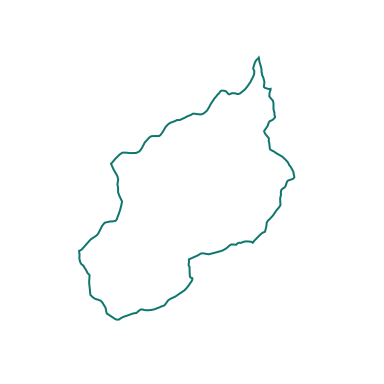 the district of Gongdue, Mongar, Bhutan, rotated 215°
{"feature_id": "84629894B588701148040", "entity_name": "Gongdue", "entity_type": "district", "adm_level": 2, "iso_a3": "BTN", "parent_name": "Bhutan", "parent_adm1": "Mongar", "projection": "equal_earth", "projection_center": [91.157, 27.034], "detail": "fine", "context": "isolated", "style": "outline", "palette": "teal", "viewbox_px": 384, "rotation_deg": 215, "n_neighbors": 0, "source": "geoboundaries", "source_scale": "gbopen_adm2", "svg_char_len": 4104}
<svg xmlns="http://www.w3.org/2000/svg" viewBox="0 0 384 384"><g transform="rotate(215 192 192)"><path d="M214.4,340.4L214.4,339.1L214.8,337.7L215.0,336.7L214.9,335.6L214.7,333.9L214.3,332.8L213.9,331.5L213.3,329.6L212.5,328.0L210.3,326.8L208.6,324.0L207.9,320.5L207.5,317.4L207.2,315.6L207.2,313.5L207.2,312.7L207.2,310.5L207.3,308.5L207.4,306.9L207.8,304.8L208.2,303.7L208.7,302.1L209.1,300.5L210.1,299.0L211.3,298.1L212.7,297.8L213.6,297.4L214.7,296.7L216.0,295.8L216.4,295.1L217.2,293.6L218.3,293.1L220.0,293.5L221.9,294.0L223.6,293.4L224.9,292.7L226.1,291.8L226.4,291.2L226.5,290.3L226.5,289.4L226.4,288.5L226.7,287.6L226.9,286.2L227.0,284.1L227.3,281.2L227.2,279.6L227.2,277.9L227.1,274.6L226.6,270.8L226.4,267.3L227.0,264.8L227.7,262.6L228.5,261.4L229.6,260.4L231.4,259.3L234.0,258.0L235.6,257.1L236.2,256.6L236.9,255.0L237.6,253.6L238.5,252.4L239.3,251.3L239.8,250.0L241.3,247.4L242.5,245.2L243.5,243.8L244.6,243.0L245.3,242.6L245.7,242.1L246.0,241.7L246.1,241.0L246.6,240.3L247.2,239.5L249.7,235.8L250.5,233.3L250.9,229.9L250.4,224.0L250.5,221.0L250.9,219.2L252.8,217.7L256.0,215.5L257.4,214.2L258.2,212.3L259.1,205.5L258.8,203.4L258.2,198.5L258.2,196.6L258.6,194.6L260.2,191.9L264.8,188.5L268.1,186.7L271.6,184.3L272.8,181.1L273.9,174.9L274.3,170.0L274.6,168.7L268.7,165.2L262.6,162.4L259.8,160.1L257.4,155.4L254.9,153.0L252.4,149.4L249.8,147.5L244.0,144.2L243.0,142.3L240.5,135.8L239.0,130.4L238.0,126.5L238.0,124.7L239.7,122.8L242.6,120.5L245.9,116.7L246.2,112.9L245.0,104.3L245.1,102.2L245.8,100.1L247.8,95.1L249.2,83.0L249.4,81.4L250.7,78.9L249.5,77.6L248.1,76.1L246.8,73.9L245.7,72.5L244.0,71.0L242.6,70.0L240.9,69.4L239.4,69.4L238.2,69.2L236.8,68.4L234.8,67.6L233.6,67.1L231.1,65.7L229.2,65.4L228.2,65.1L224.5,59.1L224.1,58.5L219.7,53.5L218.6,52.2L216.3,49.5L214.3,49.1L213.0,48.9L210.4,48.9L204.5,50.6L203.0,50.3L202.1,50.1L198.5,48.5L196.6,47.7L192.2,43.6L185.1,43.8L181.6,43.9L179.9,44.6L178.5,45.9L178.4,46.4L177.6,48.6L176.2,50.9L173.1,55.1L170.7,58.6L168.1,61.1L167.6,63.6L166.7,66.2L164.9,67.5L162.8,68.2L159.9,70.1L157.1,72.6L155.7,74.1L152.6,78.7L152.2,79.3L151.3,80.9L149.6,83.2L149.4,86.5L149.4,89.7L148.1,92.7L145.8,96.5L143.8,101.8L141.8,107.0L141.3,110.2L141.1,113.3L141.2,115.5L141.1,118.3L141.5,120.5L142.4,121.6L144.1,121.1L145.3,121.6L147.9,124.9L151.2,129.4L152.5,129.9L152.9,130.2L153.8,131.9L154.6,133.4L155.4,134.3L155.9,134.9L154.3,137.7L152.5,140.7L151.1,143.0L150.3,144.7L149.9,145.6L149.5,146.6L148.5,147.6L146.6,148.7L142.8,150.4L140.7,152.7L135.5,158.9L134.6,160.0L133.4,161.6L131.7,165.2L131.1,167.3L130.7,169.2L129.8,171.5L127.5,173.0L125.5,174.2L125.3,175.6L125.1,176.3L124.9,176.8L124.0,177.6L122.7,178.4L122.0,179.6L120.8,181.2L119.6,182.4L118.1,183.4L116.2,184.5L114.7,185.3L113.1,185.3L113.1,186.3L113.0,188.1L112.2,192.7L111.7,195.8L110.9,198.9L109.4,201.4L109.9,202.5L110.5,204.3L111.5,206.7L113.1,209.5L113.4,212.0L112.9,214.0L112.2,219.1L112.3,224.9L111.9,229.3L111.9,230.8L112.2,232.3L114.1,234.6L116.1,237.3L117.6,240.9L117.8,241.4L118.5,241.9L119.4,243.3L119.8,244.3L120.0,245.2L119.7,246.7L118.8,248.6L118.7,250.1L119.2,252.0L119.8,253.9L120.1,255.2L119.8,256.6L118.2,258.8L116.9,260.5L116.6,261.8L116.7,262.9L117.7,263.9L119.7,265.6L120.1,266.4L120.8,266.8L122.0,267.4L123.7,268.3L125.6,269.2L128.0,269.9L129.0,270.6L131.2,271.5L133.1,271.9L134.4,272.2L136.7,272.5L137.7,272.7L140.5,272.6L143.2,272.3L146.0,272.1L147.8,272.2L149.4,271.9L152.2,271.7L153.2,272.2L154.7,274.0L156.9,276.5L158.3,277.7L159.9,280.1L160.8,280.4L163.2,281.0L164.3,281.3L165.8,281.8L167.5,282.9L167.9,283.3L167.9,284.5L167.9,287.3L168.0,289.8L168.9,292.6L169.0,294.5L167.9,296.2L167.2,297.9L166.9,299.7L166.8,300.8L167.2,301.4L168.5,302.3L169.1,303.0L170.0,304.3L172.3,306.1L173.7,307.9L176.0,311.3L177.7,312.9L178.7,313.4L179.6,313.5L181.3,314.0L183.4,314.6L183.7,315.0L184.0,315.5L185.0,317.1L185.7,318.6L186.1,320.4L186.8,321.6L187.7,320.6L189.9,319.8L192.3,319.1L193.5,319.4L195.0,322.3L196.0,323.9L199.3,326.7L201.7,328.0L202.3,328.9L203.8,330.1L205.8,332.8L208.5,335.0L211.6,337.5L213.8,339.9L214.4,340.4Z" fill="none" stroke="#0f766e" stroke-width="2"/></g></svg>